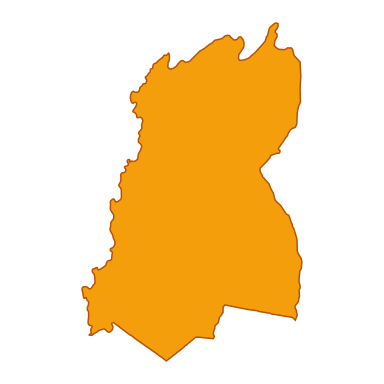 Santa Lucía Cotzumalguapa, Escuintla, Guatemala (orthographic projection)
{"feature_id": "79465075B85033757561509", "entity_name": "Santa Lucía Cotzumalguapa", "entity_type": "district", "adm_level": 2, "iso_a3": "GTM", "parent_name": "Guatemala", "parent_adm1": "Escuintla", "projection": "orthographic", "projection_center": [-91.117, 14.294], "detail": "fine", "context": "isolated", "style": "filled", "palette": "amber", "viewbox_px": 384, "rotation_deg": 0, "n_neighbors": 0, "source": "geoboundaries", "source_scale": "gbopen_adm2", "svg_char_len": 5925}
<svg xmlns="http://www.w3.org/2000/svg" viewBox="0 0 384 384"><path d="M288.9,215.4L286.4,214.1L280.4,205.2L276.4,201.6L274.9,199.7L273.3,193.0L271.1,189.2L269.1,184.1L265.7,180.2L262.4,176.5L262.4,175.6L260.7,172.8L260.1,170.7L260.0,168.3L266.5,161.7L269.9,157.8L270.3,156.3L271.4,155.2L276.4,153.4L278.5,153.3L279.1,153.1L279.6,152.6L279.9,151.9L279.9,150.5L278.4,149.1L278.6,148.1L283.3,141.4L285.4,138.1L287.4,135.8L288.5,132.7L290.4,129.9L292.2,128.5L295.1,127.5L296.8,124.1L297.3,112.4L298.6,106.1L300.4,102.3L300.1,87.3L300.8,76.5L300.1,62.0L294.1,55.6L292.6,49.5L291.5,48.0L287.5,47.9L286.1,49.0L284.3,49.6L280.1,49.4L277.7,48.9L274.1,45.5L275.0,40.5L277.0,36.9L277.0,34.1L276.4,33.4L275.3,32.6L275.2,30.8L277.0,28.7L278.1,26.3L278.0,23.6L276.0,23.0L274.6,23.4L269.9,27.5L269.3,28.6L267.4,35.9L266.5,36.6L265.9,39.0L265.2,41.1L261.8,45.2L255.7,51.9L253.1,54.3L248.7,58.1L244.6,59.8L239.8,60.4L238.5,58.8L238.8,54.8L243.8,47.0L244.0,43.0L243.3,40.0L241.1,37.1L240.2,36.8L239.0,37.1L236.7,39.6L234.1,40.1L230.8,37.3L229.5,35.6L227.4,35.3L225.1,35.9L221.8,38.7L214.7,40.3L211.9,43.1L209.6,44.3L204.3,48.5L199.7,51.2L189.6,61.3L186.2,62.4L185.0,62.1L183.0,60.6L181.5,60.6L179.8,61.8L175.9,66.6L172.9,68.5L169.9,69.2L167.8,67.1L168.2,62.4L169.3,60.3L169.5,56.3L169.2,54.2L168.6,53.2L166.8,55.0L166.3,55.3L165.4,55.3L164.5,55.1L163.8,55.6L163.0,56.9L161.7,58.1L159.2,59.9L156.3,62.8L155.8,63.2L154.2,63.7L153.6,64.2L153.2,64.7L153.1,65.3L152.6,68.3L151.8,68.7L151.0,68.8L150.4,69.4L150.1,71.7L149.9,72.2L149.3,72.8L148.4,73.5L147.3,75.5L146.4,76.3L145.6,76.7L145.4,77.6L145.5,78.1L146.5,79.5L146.7,80.1L146.7,81.2L146.1,82.6L145.7,83.4L145.0,83.7L143.3,83.8L142.7,84.4L142.5,85.2L142.1,85.9L141.3,86.3L140.6,86.9L140.1,87.5L139.8,88.1L139.5,89.6L139.2,90.6L138.8,91.3L138.4,91.8L137.7,92.1L135.6,92.3L135.0,92.2L134.2,91.9L133.5,91.3L132.6,91.6L131.7,92.4L131.4,93.0L130.5,95.5L130.4,97.8L130.8,100.3L131.2,101.6L132.2,103.0L133.0,103.3L134.4,102.4L135.2,102.3L136.0,102.5L136.5,103.1L136.6,104.0L136.5,104.8L136.1,105.8L135.6,106.8L133.1,110.5L132.9,111.0L133.0,111.8L134.4,112.5L135.4,113.2L135.8,113.6L136.1,114.1L136.4,114.7L136.6,115.3L136.7,116.9L137.2,117.6L137.9,117.7L139.4,117.4L140.1,117.3L141.2,117.7L141.9,118.5L142.4,119.4L142.7,120.3L142.7,121.1L142.6,121.9L141.9,123.6L141.6,125.0L141.6,125.7L141.9,127.8L141.6,128.8L141.2,129.5L139.3,131.6L138.9,132.2L138.7,133.3L139.1,134.3L139.6,134.9L139.8,135.9L139.7,136.5L138.4,139.5L138.3,140.5L138.4,141.7L138.6,142.3L140.1,143.6L141.5,145.3L141.6,146.2L141.5,147.4L141.2,148.5L140.7,149.8L138.6,153.6L138.2,154.8L137.9,158.3L137.5,159.1L136.9,159.8L136.0,160.6L135.2,161.0L134.5,161.3L133.1,161.4L132.2,161.1L131.3,161.1L129.9,162.2L129.5,161.6L129.7,160.8L129.7,160.0L129.2,159.5L128.4,159.6L127.7,160.0L127.3,160.7L127.2,161.6L127.4,162.2L128.2,163.3L128.3,164.1L128.1,164.9L127.8,165.4L127.0,165.9L126.0,166.2L125.2,166.3L124.5,167.0L124.8,167.9L125.8,169.3L125.9,170.2L125.6,171.2L125.1,171.9L124.3,172.4L121.9,173.0L121.2,173.8L120.7,174.6L120.7,175.2L120.9,177.4L120.9,180.1L120.6,181.5L120.3,182.2L118.9,184.7L118.9,185.5L119.1,186.2L120.5,187.9L121.0,189.0L121.3,190.0L121.4,197.2L121.3,197.9L121.1,198.8L120.6,199.4L119.8,200.2L117.4,201.6L116.7,201.9L115.7,201.9L115.3,201.3L114.2,199.3L113.4,198.9L112.7,199.2L111.8,199.8L111.1,200.4L110.4,201.3L110.3,202.8L110.4,203.8L110.6,204.4L110.6,205.1L110.3,206.9L110.3,208.6L110.4,209.2L110.9,210.6L113.1,213.9L113.5,214.9L113.8,216.3L113.7,217.4L113.4,218.9L112.8,219.8L111.4,221.7L111.0,222.3L110.8,223.0L110.7,223.6L110.6,226.3L110.5,227.0L110.1,228.5L110.1,230.0L110.4,231.0L112.2,234.2L112.7,235.3L113.1,236.7L113.3,238.2L114.7,240.9L114.9,241.5L115.0,242.9L114.9,243.8L114.8,244.6L114.1,246.0L113.4,247.0L112.2,248.0L111.5,248.2L110.5,248.8L110.3,249.7L110.3,250.4L110.8,251.0L111.5,251.3L112.1,251.9L112.3,252.7L112.2,253.9L111.8,256.4L111.6,259.1L111.1,259.9L110.4,260.2L109.2,260.5L108.2,260.8L107.5,261.3L106.7,262.3L106.5,262.9L106.2,264.1L105.9,264.8L105.4,265.6L104.7,266.2L102.5,267.8L99.4,269.7L98.8,269.8L98.0,269.7L97.6,268.9L97.5,268.4L97.3,267.7L96.5,267.6L94.7,268.5L93.9,268.7L93.2,268.8L92.6,269.3L92.3,270.4L92.3,271.5L92.5,272.1L93.0,272.9L94.0,274.1L94.4,275.2L94.8,277.9L95.0,281.0L94.9,283.0L94.6,283.8L93.5,284.9L92.8,285.8L91.5,287.9L91.1,288.3L90.3,288.8L89.4,288.8L88.6,288.5L87.5,287.2L86.7,287.0L84.8,286.7L83.7,286.8L83.1,287.0L82.4,287.7L82.1,288.6L82.1,289.6L82.2,290.5L82.9,293.0L83.2,295.7L83.7,297.7L84.1,298.2L84.7,298.3L85.3,297.7L86.1,297.5L87.0,300.1L87.7,300.9L88.4,301.4L88.6,302.5L88.5,304.2L87.9,306.3L87.5,307.1L87.3,308.4L87.3,309.8L88.2,311.2L88.6,312.2L88.6,316.8L88.2,320.5L88.1,323.3L88.5,324.2L88.8,324.7L89.7,325.3L90.8,325.7L91.6,325.8L92.1,326.2L92.2,326.8L91.9,327.4L91.2,328.5L90.8,329.2L90.8,330.9L91.1,332.0L91.2,332.9L90.9,333.6L89.7,334.4L89.2,334.9L89.9,335.2L91.4,335.3L92.3,335.0L93.3,334.3L94.2,333.5L97.3,331.8L98.2,331.0L99.5,330.2L100.4,330.0L101.8,329.7L103.3,328.9L104.0,328.9L105.1,329.4L107.7,331.9L108.5,332.1L109.5,332.1L110.1,331.9L110.9,331.2L111.9,330.3L112.5,329.3L112.7,328.5L112.8,327.5L112.9,326.9L112.6,325.8L111.7,324.3L111.8,323.4L112.7,322.8L113.6,322.6L130.0,335.0L131.4,335.5L135.4,338.8L157.5,354.3L159.5,355.9L160.3,356.4L161.8,357.4L166.3,361.0L183.9,347.2L185.4,345.5L186.6,345.1L186.8,344.6L195.6,337.3L198.6,337.2L213.2,338.7L214.4,336.4L213.3,334.0L213.6,331.6L214.8,328.5L214.9,326.0L218.3,322.6L219.3,317.7L221.7,314.7L222.2,313.1L223.0,312.8L223.1,307.3L224.7,304.9L247.3,309.4L257.5,310.8L258.5,311.4L270.3,313.3L271.3,313.9L292.4,317.4L295.3,320.2L297.2,315.2L296.1,309.8L295.1,307.9L295.0,306.0L297.4,303.0L298.3,301.4L299.5,295.7L299.1,289.9L300.2,287.8L300.0,285.3L299.0,282.1L299.1,279.0L299.9,270.7L301.3,268.7L301.9,261.7L301.1,258.5L297.9,252.9L297.2,250.5L297.1,241.6L296.7,238.2L293.8,228.6L292.5,226.6L292.1,223.9L291.5,223.2L288.9,215.4Z" fill="#f59e0b" stroke="#b45309" stroke-width="1.5"/></svg>